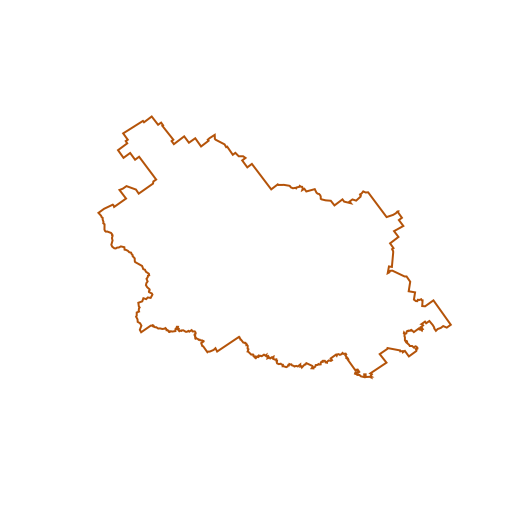 the district of Charters Towers, Queensland, Australia, rotated 139°
{"feature_id": "25037944B10597176528862", "entity_name": "Charters Towers", "entity_type": "district", "adm_level": 2, "iso_a3": "AUS", "parent_name": "Australia", "parent_adm1": "Queensland", "projection": "albers", "projection_center": [146.233, -20.209], "detail": "fine", "context": "isolated", "style": "outline", "palette": "amber", "viewbox_px": 512, "rotation_deg": 139, "n_neighbors": 0, "source": "geoboundaries", "source_scale": "gbopen_adm2", "svg_char_len": 6088}
<svg xmlns="http://www.w3.org/2000/svg" viewBox="0 0 512 512"><g transform="rotate(139 256 256)"><path d="M275.8,435.7L276.5,427.9L278.9,428.2L279.3,425.5L290.7,426.4L291.6,417.0L283.4,416.3L284.1,408.0L279.1,407.6L281.2,379.2L284.6,379.6L286.2,378.2L303.6,380.0L303.0,384.9L307.9,393.7L312.4,394.2L315.7,395.4L316.4,384.6L330.9,386.1L330.3,387.7L330.4,388.7L339.7,391.3L346.6,391.9L346.5,388.0L347.0,386.6L346.7,385.4L347.8,384.1L348.8,381.7L349.8,380.9L349.5,379.3L353.0,375.4L353.5,374.0L353.3,372.8L352.3,372.2L350.3,368.6L350.3,367.2L350.9,366.3L350.6,366.0L351.0,365.3L352.9,364.1L354.1,361.8L357.8,359.4L358.4,357.4L357.9,354.8L356.9,353.7L355.4,353.5L353.9,352.4L351.7,351.9L349.6,349.0L351.0,347.0L350.2,346.0L349.3,344.0L349.2,342.0L348.1,340.5L348.6,338.9L348.5,337.6L349.2,336.8L349.1,333.8L350.9,331.6L351.2,330.7L348.5,323.2L349.7,320.0L348.8,318.5L349.4,316.4L348.5,312.9L349.3,311.5L350.5,312.0L351.7,311.0L353.6,310.6L354.5,307.9L356.4,307.5L358.2,306.2L358.6,303.8L358.2,300.9L358.5,300.1L359.9,299.7L360.4,298.9L359.2,296.0L359.5,294.8L363.0,293.5L364.9,295.7L367.2,295.5L368.7,298.0L371.6,296.4L375.5,297.9L377.5,294.8L377.6,293.5L378.7,293.2L380.3,291.8L380.7,290.8L383.1,291.6L385.2,289.2L386.3,288.9L387.0,285.9L388.5,283.9L387.6,281.3L388.2,278.6L392.1,276.5L392.7,273.8L381.1,272.5L380.2,271.6L379.5,271.7L379.0,270.9L379.1,270.3L379.7,270.1L378.8,268.3L378.0,267.7L377.4,265.4L375.9,264.3L374.6,262.4L372.5,261.0L371.7,261.1L371.5,260.1L372.2,258.7L371.4,258.1L371.6,257.6L371.0,256.8L371.5,255.9L371.1,255.3L369.6,255.1L368.9,254.0L366.1,252.2L364.7,253.7L364.0,253.6L363.6,252.9L362.9,254.2L362.1,254.5L361.4,253.8L362.2,253.4L362.0,251.6L363.2,250.8L363.2,249.5L361.8,249.1L361.4,248.4L360.9,248.6L359.6,247.6L358.7,244.8L358.0,244.2L356.1,243.8L356.0,242.7L353.2,242.3L353.4,240.7L351.7,239.3L351.8,238.0L352.5,237.0L353.5,237.2L354.2,236.8L354.1,235.9L354.8,235.3L354.9,234.1L355.7,234.0L355.9,233.3L355.2,233.1L354.3,231.5L354.3,230.4L353.4,229.8L353.5,229.1L352.0,227.5L352.3,226.9L351.4,226.3L351.6,225.9L354.5,226.2L355.6,223.3L355.1,222.5L355.8,215.3L354.9,215.3L353.6,214.2L349.6,212.9L347.1,213.0L348.0,209.4L321.0,206.0L322.4,205.6L322.0,204.2L322.6,203.1L322.2,202.5L322.4,199.0L321.1,197.6L321.4,197.2L320.8,196.2L321.7,195.1L321.1,194.8L321.2,193.6L323.1,191.6L322.9,190.6L325.0,189.4L324.6,188.8L324.3,184.7L322.9,183.7L322.9,182.8L323.5,182.3L322.9,180.5L323.5,180.3L323.2,179.0L322.5,179.1L322.8,180.2L322.2,180.4L320.6,178.2L319.8,178.3L320.1,179.1L319.1,179.1L318.8,178.0L318.0,177.7L317.4,176.6L314.7,176.3L314.3,174.7L313.4,174.6L313.9,174.3L314.0,173.3L312.4,172.6L312.5,172.1L314.3,171.2L312.6,170.5L312.5,169.4L310.8,169.3L310.6,168.2L309.9,168.7L308.9,168.5L310.5,167.1L309.7,165.4L308.5,164.7L309.3,163.7L308.8,163.2L310.2,162.0L310.5,161.1L309.7,159.4L308.0,158.5L307.9,157.3L307.1,156.3L308.2,155.3L307.5,154.7L306.1,152.3L304.7,151.9L303.2,152.5L302.9,151.9L301.7,152.6L301.2,151.5L300.4,151.0L300.6,149.9L299.5,148.1L299.5,147.4L297.8,146.7L296.9,145.2L293.8,145.1L294.5,144.3L294.3,143.6L294.9,143.3L294.0,142.7L294.4,141.8L290.5,142.2L289.9,141.6L288.3,142.1L285.6,136.1L285.8,135.2L287.6,134.7L286.4,133.5L285.9,134.0L283.9,133.6L282.5,134.5L281.0,133.4L279.8,133.5L279.6,132.7L278.3,131.8L277.3,132.9L276.4,133.2L275.2,132.4L274.9,133.1L274.4,133.1L272.8,131.7L273.3,130.0L272.4,128.9L271.8,129.6L269.5,129.4L268.3,127.7L267.0,127.5L266.8,129.7L260.4,129.1L260.5,127.8L259.3,128.4L258.0,127.7L257.6,126.4L256.4,125.9L254.3,126.0L254.4,124.9L252.4,123.5L252.5,122.5L253.8,122.3L253.9,119.9L254.8,119.8L254.7,118.9L253.9,118.2L254.2,117.2L254.8,117.1L256.0,104.5L255.0,104.4L254.8,103.6L253.8,103.5L254.1,100.8L255.5,100.9L255.4,101.6L257.5,102.8L258.5,102.2L257.6,100.7L257.6,99.8L255.9,98.3L255.8,96.4L253.7,93.5L252.0,95.7L250.9,94.8L252.6,92.7L249.5,90.3L248.9,89.0L248.8,89.4L248.1,89.0L248.4,89.8L247.8,90.4L246.2,90.7L246.8,92.4L227.5,89.9L227.0,100.8L217.7,99.7L217.1,100.2L209.2,90.2L209.7,89.4L207.6,87.9L208.2,87.0L205.9,86.7L206.5,79.9L197.4,79.1L196.7,79.6L196.4,80.9L195.0,80.2L194.5,80.6L194.4,82.3L195.0,83.3L196.9,83.3L197.2,85.6L199.0,87.2L198.7,88.6L199.2,91.7L198.5,91.7L198.0,92.6L198.1,93.1L199.1,93.2L198.9,94.7L196.9,97.0L196.6,98.0L195.0,99.8L195.1,100.7L194.5,101.1L194.6,99.9L194.0,99.2L193.3,99.0L191.6,100.2L190.8,100.1L190.3,99.4L189.7,99.5L189.3,98.9L187.3,98.4L187.2,97.7L187.6,97.6L187.0,97.1L186.8,95.0L180.8,94.5L180.9,93.3L180.1,92.8L179.7,90.9L179.1,91.3L179.0,92.5L178.1,91.7L177.7,93.6L178.1,94.2L175.4,94.0L175.3,95.4L175.7,96.0L171.5,95.6L171.7,93.6L167.8,93.2L167.9,87.9L168.4,85.2L169.0,84.4L169.3,81.5L166.8,81.7L163.7,80.5L160.7,80.3L159.0,76.8L154.1,76.3L151.2,106.1L161.4,107.1L163.4,109.2L159.4,113.2L159.9,113.7L159.7,115.0L161.5,115.6L162.6,116.8L163.9,116.1L164.9,117.1L165.4,119.5L159.8,124.2L163.9,129.2L156.5,135.4L155.8,141.8L157.3,143.1L162.7,155.5L164.5,156.8L166.1,156.2L167.9,156.6L162.5,160.9L160.6,158.6L150.2,168.6L149.3,169.7L148.8,171.9L147.1,171.7L146.5,177.6L136.0,176.9L135.5,184.2L125.1,182.0L124.6,189.4L120.8,189.1L120.2,195.6L119.3,196.3L120.1,196.8L122.4,196.5L125.6,197.1L131.9,199.7L129.6,230.5L131.6,232.0L132.7,234.4L135.3,233.9L137.0,234.2L137.1,233.1L137.6,233.1L138.1,232.2L144.1,232.1L146.1,235.4L149.7,235.7L149.8,233.6L153.8,239.2L153.6,242.0L163.6,242.7L163.3,248.6L167.0,252.4L169.4,255.8L169.6,256.7L168.1,258.5L167.7,259.7L167.7,261.4L168.6,262.6L168.8,264.2L167.8,267.9L175.7,271.7L175.4,275.0L177.8,275.4L176.3,276.4L175.8,277.9L176.6,278.7L177.0,280.2L178.0,279.8L180.1,281.0L181.3,280.7L181.5,281.6L183.7,282.9L184.7,285.0L184.5,286.4L184.8,287.2L188.2,291.3L192.6,295.0L192.6,295.8L200.8,296.3L198.7,328.2L204.4,328.6L203.7,337.2L199.6,336.9L200.3,339.7L203.6,342.6L203.9,347.4L207.1,347.6L206.0,357.4L207.1,357.7L206.5,360.9L210.2,370.3L210.2,371.4L207.7,374.5L213.7,375.4L216.1,375.4L216.2,374.1L225.6,374.7L224.6,384.7L232.3,385.5L231.7,393.4L244.6,394.3L244.3,398.1L242.1,398.0L241.3,415.7L240.4,415.6L240.1,418.9L243.8,419.3L243.2,429.7L252.8,430.4L252.7,432.1L275.8,435.7Z" fill="none" stroke="#b45309" stroke-width="2"/></g></svg>